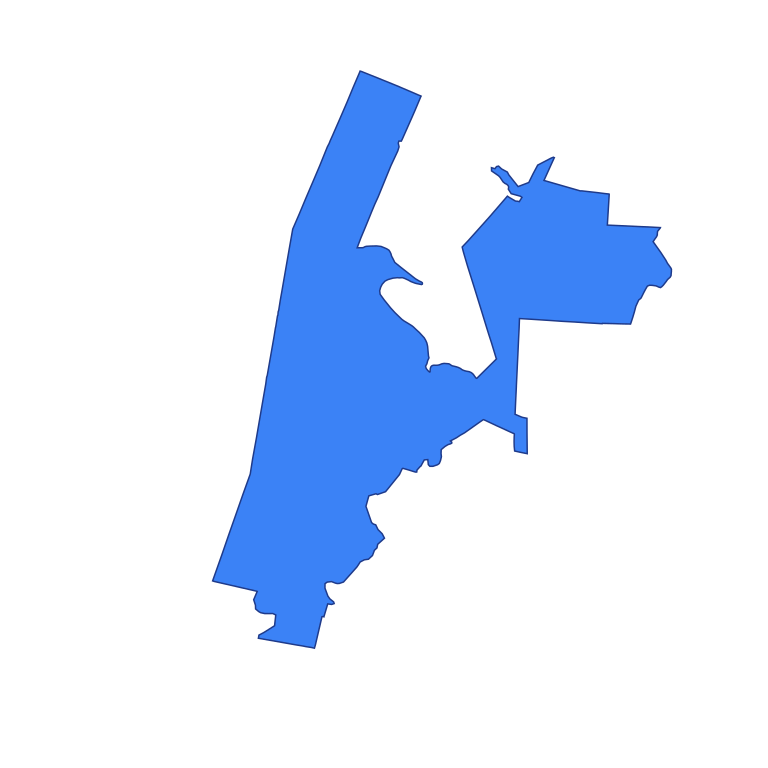 the district of Dumbraveni, Constanta, Romania, rotated 32°
{"feature_id": "2599482B4810903982325", "entity_name": "Dumbraveni", "entity_type": "district", "adm_level": 2, "iso_a3": "ROU", "parent_name": "Romania", "parent_adm1": "Constanta", "projection": "albers", "projection_center": [27.999, 43.926], "detail": "fine", "context": "isolated", "style": "filled", "palette": "blue", "viewbox_px": 768, "rotation_deg": 32, "n_neighbors": 0, "source": "geoboundaries", "source_scale": "gbopen_adm2", "svg_char_len": 5450}
<svg xmlns="http://www.w3.org/2000/svg" viewBox="0 0 768 768"><g transform="rotate(32 384 384)"><path d="M343.0,641.8L344.7,641.4L385.8,627.2L386.4,627.1L387.8,636.0L392.2,639.7L394.3,642.8L398.3,643.4L400.6,643.3L404.5,641.9L408.2,639.6L411.3,637.6L414.6,637.2L419.3,647.0L413.8,658.4L411.0,663.2L412.2,666.2L442.1,654.1L447.8,651.8L452.3,649.9L454.5,649.0L456.7,648.2L462.1,645.9L465.0,644.9L464.1,641.7L454.7,614.2L455.8,613.3L456.4,613.3L452.8,600.3L456.4,598.7L458.1,596.6L456.8,595.5L451.9,594.9L448.8,593.6L447.4,592.5L442.1,588.4L439.8,584.6L440.8,582.1L444.2,579.4L448.3,578.6L450.1,578.0L451.8,576.8L454.6,573.4L458.0,553.5L458.1,550.1L458.1,547.6L460.5,543.5L463.7,540.8L465.1,535.5L464.0,530.1L464.9,526.7L463.6,523.3L466.1,514.5L461.9,512.0L456.0,510.6L451.6,507.8L449.2,508.4L446.9,508.1L433.5,497.3L430.4,486.9L435.4,481.3L437.0,481.2L442.4,474.5L445.1,452.6L444.3,446.3L444.7,445.5L445.8,445.2L450.6,443.8L454.9,442.7L457.4,442.0L458.4,441.3L457.6,439.6L457.8,438.3L458.4,434.9L458.8,434.0L458.6,431.2L458.4,427.0L461.2,424.9L464.3,428.9L466.5,429.5L469.2,427.8L472.2,424.1L473.0,422.1L472.5,419.0L471.2,415.2L469.2,412.7L467.3,409.3L468.8,404.7L470.4,401.5L472.2,399.4L472.8,398.2L472.3,397.4L470.5,397.1L473.9,391.3L475.8,387.1L478.2,382.7L484.9,366.7L486.9,362.0L487.2,361.6L487.5,361.4L500.7,359.8L501.0,359.8L504.6,359.3L514.1,358.1L520.8,357.2L521.1,357.4L522.5,360.0L524.0,362.5L524.2,362.9L525.4,364.8L527.0,367.2L527.6,368.1L530.3,371.6L536.0,369.6L542.4,367.2L531.2,349.7L524.6,339.2L523.4,337.3L519.7,338.7L518.4,339.1L513.2,339.9L511.2,340.2L504.7,328.7L497.6,316.0L497.5,315.9L490.0,302.5L482.6,289.3L482.5,289.1L474.5,274.9L469.2,265.4L464.2,256.7L464.4,256.6L464.8,256.4L474.3,251.2L491.2,242.1L502.1,236.3L513.2,230.2L515.1,229.2L516.9,228.2L524.0,224.4L537.0,217.3L536.9,217.1L537.0,216.9L547.1,210.9L550.9,208.7L556.0,205.7L561.3,202.5L561.0,201.1L560.5,199.1L559.6,195.5L558.2,190.4L556.4,184.6L555.5,177.8L556.4,175.3L556.4,174.2L555.9,169.2L555.6,165.1L555.5,161.4L556.9,159.5L559.2,158.2L562.8,156.6L565.7,156.2L567.4,155.7L568.0,154.3L568.5,152.2L569.0,147.6L569.1,145.3L569.5,143.8L570.1,141.8L570.0,140.0L569.2,138.5L567.9,135.9L567.4,135.2L567.0,134.4L565.8,133.6L560.4,131.4L557.5,129.7L549.1,125.8L536.8,120.7L536.9,117.4L537.1,114.7L536.8,112.7L536.6,112.6L535.1,109.6L535.6,105.5L535.5,104.9L525.0,110.7L518.5,114.4L505.3,121.8L489.2,130.9L475.9,106.4L474.4,103.7L474.2,103.6L472.2,104.6L468.6,106.3L466.2,107.4L463.8,108.5L449.4,115.4L449.2,115.5L448.4,116.1L447.5,116.4L430.0,121.4L411.8,126.6L409.4,108.7L408.5,101.8L408.0,101.9L407.5,101.9L406.0,103.9L402.0,110.7L398.3,117.0L398.4,117.5L399.0,126.5L399.5,131.5L400.0,136.4L393.1,145.5L379.0,140.5L376.3,138.9L369.8,139.3L367.7,138.9L365.7,138.5L364.2,140.0L364.0,142.6L360.5,143.6L362.3,146.3L364.2,146.4L370.8,146.7L372.8,147.2L377.9,149.5L380.3,149.8L382.2,149.6L384.0,149.9L385.3,150.8L386.2,152.9L391.0,155.2L400.1,152.5L402.1,152.6L402.1,157.7L400.7,158.1L398.6,159.2L391.4,159.4L389.1,159.3L385.0,185.8L382.6,199.7L379.5,217.5L377.7,226.4L378.2,226.9L378.8,227.5L381.0,229.6L383.2,231.6L392.2,239.6L410.2,255.0L429.2,271.4L440.6,281.3L446.3,286.2L453.2,292.0L465.8,303.0L466.1,303.1L463.2,315.3L459.7,330.0L459.3,330.2L458.9,330.2L457.0,329.5L454.7,328.5L453.2,328.2L451.7,328.1L449.7,328.4L447.0,329.5L445.4,330.0L443.5,330.4L442.2,330.5L440.8,330.3L438.1,330.6L435.8,331.2L433.7,331.9L432.3,332.4L431.6,332.5L429.2,332.4L428.3,332.5L426.7,333.3L424.2,334.6L423.8,334.9L422.8,335.8L422.3,336.3L421.5,337.4L420.6,338.6L419.3,339.8L418.1,340.6L416.2,341.7L415.5,342.4L415.1,343.0L414.9,343.3L414.7,344.2L414.7,344.8L415.0,346.2L415.7,347.6L416.6,349.2L416.5,349.5L416.2,349.7L415.2,349.6L413.6,349.2L411.9,348.6L411.1,348.1L410.4,347.4L409.8,346.8L409.7,344.4L409.5,343.6L408.7,341.2L408.3,338.1L408.2,337.9L406.9,336.7L404.0,332.9L401.0,328.9L398.6,326.5L396.1,324.8L393.6,323.5L386.7,321.6L382.4,320.8L378.6,320.0L376.6,319.8L373.2,319.8L367.7,319.9L364.9,319.7L362.5,319.2L355.5,317.7L349.1,315.9L339.6,312.6L333.2,310.0L330.9,307.2L329.9,303.7L329.6,300.3L330.3,296.3L331.1,294.9L332.0,293.4L335.6,289.4L337.8,287.7L338.9,286.8L340.7,285.9L343.2,284.1L345.2,283.6L347.4,283.3L349.6,283.0L352.5,282.9L357.0,282.0L358.0,281.7L359.1,281.3L363.1,279.8L363.6,279.0L363.4,278.5L362.8,277.8L361.6,277.7L359.3,278.0L354.9,278.1L336.3,276.1L329.8,275.3L328.8,275.2L325.2,273.0L322.6,271.5L322.3,271.2L320.9,269.9L319.2,268.8L317.3,267.9L314.6,267.9L312.6,268.2L308.6,268.9L304.6,270.8L299.3,274.3L296.2,276.5L295.2,277.5L294.0,279.5L289.1,282.7L288.8,281.5L287.0,272.5L285.3,262.1L283.8,253.3L282.3,244.8L280.9,236.3L279.9,228.5L274.2,195.4L272.2,179.1L271.1,174.9L268.4,172.1L267.9,170.1L270.0,168.8L269.7,166.2L266.4,142.9L265.2,134.8L263.9,126.7L262.9,120.6L262.9,120.2L262.6,120.2L260.5,120.6L239.8,123.8L239.6,123.8L232.0,125.1L206.0,129.7L199.3,130.9L197.9,131.3L198.1,132.2L200.7,149.0L203.3,164.5L205.9,181.6L208.0,195.9L208.7,200.6L209.4,205.8L210.0,209.1L210.3,213.0L213.8,232.8L216.4,249.3L219.3,268.0L222.0,284.4L224.5,301.0L232.5,320.8L240.4,340.2L248.3,359.6L251.4,367.3L255.6,377.2L256.0,378.9L257.5,381.8L257.6,382.8L258.0,383.7L259.4,387.0L261.9,392.9L262.1,393.7L265.4,401.5L268.0,407.9L272.5,419.0L280.4,438.5L280.9,440.5L283.7,446.6L288.4,458.2L296.4,477.8L304.5,497.6L312.3,517.2L318.3,531.3L322.8,552.1L327.5,572.9L332.1,593.5L336.9,614.3L341.6,635.5L343.0,641.8Z" fill="#3b82f6" stroke="#1e3a8a" stroke-width="1.5"/></g></svg>